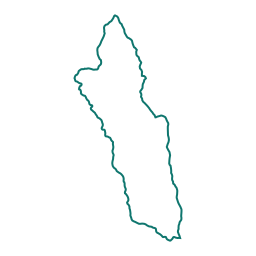 Khipisa, Daga, Bhutan
{"feature_id": "84629894B72063035508805", "entity_name": "Khipisa", "entity_type": "district", "adm_level": 2, "iso_a3": "BTN", "parent_name": "Bhutan", "parent_adm1": "Daga", "projection": "equal_earth", "projection_center": [89.941, 27.038], "detail": "fine", "context": "isolated", "style": "outline", "palette": "teal", "viewbox_px": 256, "rotation_deg": 0, "n_neighbors": 0, "source": "geoboundaries", "source_scale": "gbopen_adm2", "svg_char_len": 5812}
<svg xmlns="http://www.w3.org/2000/svg" viewBox="0 0 256 256"><path d="M168.3,124.5L168.2,123.1L167.4,121.7L166.6,120.1L166.1,118.7L165.3,117.2L164.1,116.5L162.5,115.8L161.1,115.5L160.0,115.9L157.4,116.6L155.9,117.3L155.4,117.3L154.6,115.2L153.3,113.9L152.4,112.4L151.2,111.1L149.9,109.4L149.2,108.2L148.5,107.4L148.1,106.8L147.2,105.8L146.5,105.0L145.7,104.2L144.7,103.1L143.2,101.8L142.3,100.3L142.1,98.6L141.0,96.8L141.4,95.0L141.1,93.4L140.3,92.4L140.2,91.3L141.5,89.6L142.5,88.0L142.6,85.7L142.8,84.2L144.0,81.6L144.2,80.1L145.9,78.4L145.4,77.1L144.2,76.1L141.9,75.8L141.9,73.4L142.1,71.9L141.4,70.0L140.0,68.5L139.7,66.5L140.1,65.2L141.2,62.7L140.7,61.6L139.8,60.6L139.3,59.5L138.7,57.2L136.9,55.6L136.4,54.7L136.2,51.8L136.8,49.9L135.1,47.8L134.1,47.3L133.3,45.4L132.6,43.4L132.0,40.8L131.2,39.7L129.9,38.8L128.8,38.1L127.6,37.6L126.8,36.6L124.8,33.1L124.4,31.7L124.2,29.6L123.5,28.3L122.2,25.8L121.6,24.1L120.6,23.4L119.8,22.5L118.9,20.2L118.5,18.8L118.1,17.7L117.2,16.5L115.0,15.4L114.2,16.0L113.2,18.3L111.4,21.0L110.4,21.7L109.6,22.1L108.7,23.1L107.6,24.3L105.7,24.8L104.4,26.2L104.0,27.8L104.3,30.4L104.2,31.8L104.7,33.3L103.7,36.4L102.6,38.7L101.3,41.3L100.6,43.3L99.6,45.3L98.3,46.9L97.5,48.2L97.3,50.2L97.6,52.8L97.7,54.3L98.5,56.5L99.6,58.9L100.9,60.1L101.2,62.1L101.1,63.3L101.0,63.7L100.9,64.1L100.4,64.8L99.8,65.3L98.8,66.3L98.6,66.7L98.2,68.2L97.9,68.8L97.6,69.1L97.3,69.4L96.4,69.5L95.5,69.5L94.0,69.7L93.6,69.7L93.1,69.6L91.9,69.2L91.3,69.0L90.5,68.8L89.7,68.6L89.3,68.5L88.5,68.4L87.9,68.4L87.5,68.6L87.0,68.6L86.1,68.8L85.0,68.7L84.6,68.7L84.2,69.0L83.8,69.1L82.8,69.1L82.4,69.2L82.0,69.1L81.6,69.2L81.1,69.3L80.0,70.1L79.0,70.8L78.7,71.2L78.5,71.7L78.4,72.4L78.3,72.7L78.0,73.3L77.7,73.6L77.3,74.4L77.0,74.7L76.7,74.9L76.1,75.0L75.7,75.3L75.4,75.7L75.2,76.1L74.8,77.1L74.7,77.7L74.5,78.1L74.8,78.9L75.0,79.6L75.3,80.7L75.7,81.2L76.2,81.4L76.8,81.5L77.1,81.6L77.9,82.1L78.6,82.7L79.9,83.3L80.5,83.4L80.9,83.5L81.3,83.7L81.6,84.2L81.5,84.9L81.3,85.3L81.1,85.6L80.2,86.0L79.8,86.5L79.6,86.9L79.3,87.6L79.2,88.1L79.1,88.7L79.0,89.1L79.3,89.5L79.9,89.6L80.3,89.8L80.6,90.4L80.9,91.2L80.9,91.8L81.0,92.2L80.9,93.1L81.1,93.6L81.5,94.2L82.3,94.7L83.5,95.5L83.9,95.6L84.6,95.7L84.9,95.8L85.2,96.1L85.7,96.9L86.3,98.4L86.9,99.4L87.3,100.0L88.0,100.4L88.5,101.0L88.8,101.5L89.0,102.0L89.3,103.5L89.4,103.9L89.6,104.2L89.9,104.5L90.3,104.8L90.7,105.1L91.1,105.1L91.8,105.2L92.2,105.6L92.3,106.1L92.2,106.6L91.9,106.9L91.1,107.6L90.8,108.4L90.9,108.8L91.0,109.3L91.2,109.6L91.5,109.9L92.1,110.3L92.7,110.9L93.7,111.8L94.6,112.5L94.9,112.8L95.4,113.7L96.0,114.7L96.6,115.4L96.8,115.7L97.2,116.6L97.5,117.3L97.8,117.6L98.5,117.8L98.9,118.1L99.8,118.6L100.2,119.0L100.9,119.6L101.2,119.9L101.5,120.3L101.7,120.8L101.8,121.2L102.0,121.7L102.2,122.6L102.8,124.2L102.8,124.7L102.8,125.2L102.7,125.7L102.6,126.0L101.8,127.7L101.7,128.1L101.7,128.5L102.0,129.2L102.3,129.5L102.8,129.7L103.7,129.7L104.4,129.8L104.8,130.4L105.1,131.9L105.3,133.0L105.3,133.6L105.2,134.2L105.2,135.2L105.3,135.7L105.7,136.2L106.1,136.4L106.4,136.4L107.3,136.5L107.7,136.6L108.1,136.8L108.9,137.3L110.1,137.8L110.3,138.1L110.6,138.6L110.7,139.0L110.9,139.4L111.2,140.1L111.6,140.6L111.8,140.9L112.7,141.7L113.0,142.1L113.0,142.6L112.9,143.6L112.9,144.3L113.0,144.7L113.3,146.7L113.3,147.6L113.2,148.2L113.1,148.8L112.9,149.5L112.7,150.1L112.5,150.5L112.5,151.0L112.5,151.5L112.6,152.3L112.8,153.0L113.5,154.5L113.6,155.0L113.6,155.4L113.3,156.5L113.2,157.2L113.1,158.7L113.0,159.3L112.6,160.9L112.5,161.3L112.4,162.2L112.3,162.8L112.3,163.5L112.4,164.2L112.6,165.3L112.7,165.8L113.2,166.7L113.5,167.2L113.9,167.7L114.4,168.1L115.1,168.6L115.5,168.9L115.8,169.3L116.3,170.1L116.7,171.0L117.0,171.3L119.0,172.7L120.2,173.3L121.3,174.2L122.4,175.5L122.7,175.9L123.1,176.5L123.4,177.3L123.6,178.2L123.7,179.0L123.6,180.6L123.6,181.1L123.8,181.8L124.3,182.2L124.6,183.5L124.6,185.2L124.8,186.7L125.0,187.1L125.8,189.1L125.6,190.5L125.0,191.8L124.9,192.6L125.0,193.3L125.9,194.0L126.9,195.4L127.6,196.5L128.1,197.8L128.4,199.2L128.3,200.6L127.1,202.5L127.4,203.7L128.5,204.7L129.4,206.4L129.5,208.5L130.0,209.8L130.3,211.8L130.5,213.4L130.4,215.6L131.2,217.7L131.6,219.3L132.3,220.5L133.9,221.4L135.2,221.9L136.9,222.8L139.0,223.8L140.5,223.8L142.0,223.6L143.3,223.7L144.6,223.9L145.9,224.5L146.9,225.3L148.8,226.3L149.7,226.5L150.6,226.6L151.8,226.8L152.4,227.4L153.5,227.8L154.7,228.0L155.6,228.5L155.9,229.0L156.2,231.4L156.7,232.3L157.5,232.9L158.3,233.2L159.0,233.7L159.7,234.0L161.1,235.1L161.6,235.6L162.1,236.2L162.7,236.9L163.1,237.1L164.2,236.9L165.3,236.9L165.8,237.0L166.1,237.5L166.4,238.3L167.0,239.2L167.9,239.8L169.8,240.6L170.3,240.6L170.6,240.5L171.2,239.9L172.2,239.0L172.7,238.3L173.0,237.6L173.5,237.1L174.1,237.0L174.8,237.2L175.6,237.6L176.6,237.8L177.3,238.0L179.2,237.9L180.1,238.0L179.4,235.6L178.8,234.4L177.9,231.9L178.0,230.6L178.3,229.8L178.6,228.8L178.5,228.0L178.6,226.9L178.6,226.0L178.8,225.1L179.2,224.3L179.5,222.8L179.7,222.1L180.0,221.6L180.9,220.4L181.2,219.9L181.4,219.1L181.4,217.6L181.2,216.5L181.2,215.5L181.4,213.0L181.5,211.1L181.5,209.8L181.3,208.9L180.8,207.8L180.4,206.8L178.6,203.5L178.0,202.0L176.7,197.9L176.7,197.0L176.8,196.0L177.1,194.5L177.2,192.9L177.3,191.0L177.2,190.1L176.9,189.0L176.5,187.8L176.2,187.3L175.6,186.7L174.7,184.9L174.2,184.3L173.5,183.9L173.2,183.5L173.1,182.8L173.1,181.9L172.9,181.3L172.3,180.3L172.1,179.4L172.1,178.3L172.2,177.2L172.3,176.1L172.1,175.2L171.6,173.8L171.3,173.4L171.1,172.9L171.2,172.3L171.2,170.6L171.1,169.4L170.9,167.8L170.5,165.6L169.7,164.9L169.2,163.5L169.3,161.9L169.4,160.2L169.6,158.2L170.1,155.2L169.8,153.8L169.5,152.1L168.3,150.1L167.0,147.5L166.8,146.9L167.1,146.0L167.6,144.3L168.5,142.1L168.9,140.0L168.8,138.7L168.6,137.4L168.0,135.2L167.8,128.8L167.8,126.6L168.3,124.5Z" fill="none" stroke="#0f766e" stroke-width="2"/></svg>